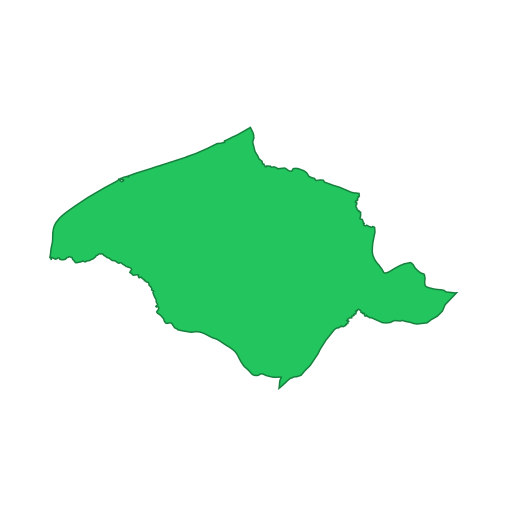 Nagan Raya, Aceh, Indonesia, rotated 102°
{"feature_id": "22746128B8237986094994", "entity_name": "Nagan Raya", "entity_type": "district", "adm_level": 2, "iso_a3": "IDN", "parent_name": "Indonesia", "parent_adm1": "Aceh", "projection": "natural_earth1", "projection_center": [96.507, 4.176], "detail": "fine", "context": "isolated", "style": "filled", "palette": "green", "viewbox_px": 512, "rotation_deg": 102, "n_neighbors": 0, "source": "geoboundaries", "source_scale": "gbopen_adm2", "svg_char_len": 6114}
<svg xmlns="http://www.w3.org/2000/svg" viewBox="0 0 512 512"><g transform="rotate(102 256 256)"><path d="M136.0,284.6L131.4,288.2L141.7,299.8L145.2,304.6L145.9,305.4L146.4,305.6L146.5,305.3L146.7,306.4L148.1,308.2L148.8,308.8L149.5,310.2L150.1,310.8L150.4,310.8L150.9,310.5L151.0,310.2L151.4,310.2L151.6,310.9L153.0,313.7L154.1,317.4L161.4,326.6L168.7,336.8L173.2,344.3L173.4,344.1L187.4,368.5L187.5,368.4L188.9,371.3L192.5,377.3L199.9,390.5L204.1,397.3L204.8,397.3L205.0,397.1L205.4,397.6L205.2,397.9L204.8,398.0L204.7,398.3L206.7,402.1L208.2,404.2L208.6,405.0L209.0,405.3L209.4,404.8L209.0,403.9L209.1,403.2L208.9,402.8L209.2,402.2L209.3,401.7L209.0,401.4L209.3,401.1L210.2,401.4L210.7,401.8L211.3,403.2L210.8,404.2L209.6,405.4L209.7,405.8L209.5,406.3L210.4,406.4L212.6,408.7L220.6,418.2L233.9,432.8L245.2,443.8L252.5,450.5L256.8,454.0L260.1,456.2L264.9,458.6L268.2,459.5L271.2,459.8L275.5,459.6L282.5,458.3L285.1,458.0L291.7,458.0L297.3,457.4L300.4,457.3L300.9,456.2L302.5,455.3L302.2,455.4L299.8,456.6L300.7,451.7L300.5,451.8L300.4,450.9L300.2,450.4L299.0,449.3L298.8,448.7L298.9,447.9L299.8,447.5L300.1,447.1L300.1,445.6L299.7,443.6L298.8,441.7L296.8,440.5L296.3,439.3L295.5,438.6L295.4,438.0L295.6,437.3L295.9,435.6L296.3,435.2L297.3,434.7L298.6,432.8L299.9,431.5L300.0,430.7L299.8,429.8L298.8,427.7L298.4,426.5L297.0,424.3L297.0,423.7L297.3,422.5L297.2,421.7L295.8,420.0L295.1,417.9L293.7,416.4L292.7,414.8L290.5,413.0L289.0,412.4L288.0,411.1L286.5,409.9L286.3,409.4L286.4,408.3L285.7,406.8L287.1,404.8L287.6,402.9L288.4,401.7L288.6,399.3L290.3,395.8L290.3,395.2L290.0,393.7L290.1,392.9L291.6,389.1L291.5,388.5L290.8,387.4L290.7,386.5L291.8,384.4L292.3,382.9L293.2,380.7L293.5,378.9L293.5,377.9L293.7,376.5L294.1,375.7L294.9,374.9L295.8,375.0L297.0,375.7L298.3,376.0L298.7,375.4L298.9,373.8L299.9,373.2L300.2,372.3L300.2,371.5L299.1,368.6L299.0,367.1L300.2,367.0L300.8,366.3L301.2,366.3L301.6,365.8L300.9,364.8L300.9,364.3L300.6,363.9L301.4,362.9L301.9,362.0L302.3,360.6L302.5,360.3L303.3,360.1L303.3,359.1L303.5,358.7L304.2,357.8L304.2,356.0L304.7,355.2L305.7,355.0L307.0,354.3L307.3,354.0L307.6,352.8L308.1,352.6L308.2,352.1L308.9,351.8L309.4,351.1L310.8,351.1L311.1,350.8L311.3,349.2L311.7,348.7L312.6,349.2L313.4,349.1L315.4,347.9L317.7,346.2L319.2,344.8L319.9,344.4L321.4,344.1L322.0,343.8L323.4,342.4L323.8,342.1L324.3,342.2L325.9,343.4L326.3,343.4L326.6,342.9L326.0,341.5L326.3,340.7L327.7,340.2L328.5,340.4L331.1,341.5L331.4,341.5L332.4,340.5L333.5,337.7L334.3,336.3L336.6,333.4L337.2,332.9L338.0,332.6L338.9,332.0L340.2,330.6L340.5,329.9L340.5,329.3L339.3,326.4L339.2,325.2L339.4,324.5L342.8,321.0L343.3,320.1L343.6,318.5L343.9,317.8L344.4,317.3L344.5,313.2L344.1,303.6L342.5,299.0L342.1,296.3L342.1,293.8L342.7,290.0L344.5,283.7L345.1,281.2L345.5,277.2L346.2,275.0L349.7,266.1L350.7,263.0L352.4,259.2L353.8,256.7L355.6,254.6L357.3,253.0L359.9,251.0L363.0,248.3L366.5,244.6L368.4,241.1L370.4,238.0L372.2,235.7L372.8,234.3L373.1,232.8L372.8,230.7L372.3,229.1L370.8,227.4L370.1,226.2L370.0,224.8L370.8,221.2L371.0,216.6L371.0,214.2L370.6,211.7L369.8,209.0L369.3,206.0L372.0,206.6L373.8,206.7L379.6,206.0L380.6,206.0L379.6,205.1L374.3,201.2L371.0,199.0L368.7,197.2L367.4,195.0L366.2,193.5L365.7,191.2L363.3,187.1L358.2,184.4L351.9,180.3L339.3,175.2L333.1,173.6L327.9,171.6L324.0,170.2L311.9,164.1L310.8,163.3L309.8,162.2L309.3,161.1L309.2,160.3L307.7,158.9L307.4,158.1L306.9,158.0L306.9,156.8L307.1,156.2L305.8,154.4L304.5,154.0L304.4,153.2L303.1,153.0L302.5,152.1L301.4,152.5L300.5,151.7L300.3,152.0L300.2,153.7L298.6,153.0L298.2,152.4L297.0,151.7L296.6,149.5L294.8,149.7L294.5,148.9L293.7,147.8L292.9,148.3L292.2,147.8L291.9,146.4L291.0,146.3L289.7,146.4L289.3,147.0L288.6,146.6L288.4,145.6L287.6,145.4L286.8,144.8L287.4,142.9L288.4,141.6L289.2,141.6L289.5,140.2L290.0,139.8L290.1,139.2L289.5,138.6L289.6,138.1L291.0,137.7L292.1,136.8L291.8,135.8L291.1,135.5L292.0,134.3L292.2,133.0L292.7,132.1L292.4,130.2L294.9,118.5L294.4,114.7L293.1,110.8L290.4,107.3L289.5,101.1L288.6,99.5L288.9,96.2L288.8,91.5L289.2,87.7L289.1,84.6L285.9,74.9L282.8,72.1L282.3,71.9L277.2,66.1L271.1,62.2L264.4,60.9L250.3,52.2L250.8,53.9L251.3,59.6L251.6,61.1L251.5,63.1L250.5,64.9L250.6,68.2L251.0,71.1L251.3,74.8L251.1,80.3L250.7,83.0L249.9,84.2L248.9,84.8L247.5,85.3L245.9,85.7L243.1,85.9L239.2,87.4L238.7,88.2L238.4,90.7L237.5,93.2L236.1,95.7L234.5,98.0L231.9,100.4L230.7,102.2L230.3,103.6L232.5,108.6L233.2,110.1L234.1,111.0L235.1,112.8L238.8,117.2L243.7,122.4L245.0,124.3L245.8,126.0L245.8,127.2L245.5,127.7L243.0,129.8L239.3,133.9L237.9,135.9L235.4,138.6L233.8,139.9L230.7,142.0L227.5,143.2L223.0,144.0L218.4,144.5L207.9,144.6L203.4,145.9L203.0,146.7L203.1,147.4L202.9,148.0L203.1,148.2L203.8,148.6L204.0,149.1L203.7,150.2L203.6,152.0L203.2,152.8L202.9,154.2L203.6,154.9L203.8,155.4L203.7,156.2L203.2,157.1L202.2,157.5L201.9,156.9L201.5,157.0L201.4,157.6L201.1,158.1L199.8,158.5L198.1,159.8L198.2,161.5L197.9,162.1L194.8,162.0L192.6,162.6L192.0,162.5L191.4,162.9L191.2,163.2L191.2,164.6L190.7,164.5L190.2,164.8L190.3,165.4L190.0,166.0L189.1,167.1L188.4,167.2L188.0,167.7L186.5,168.8L185.6,168.9L185.1,168.4L184.0,168.2L183.7,168.5L183.0,168.5L182.7,169.0L182.8,169.9L182.1,170.0L181.1,169.6L180.8,168.6L180.4,168.3L179.5,168.3L179.3,168.7L178.1,168.6L177.1,167.9L176.8,168.2L176.5,167.6L175.7,167.4L175.0,167.6L174.2,168.2L173.4,168.2L173.6,171.5L173.9,173.1L173.8,176.4L171.4,188.4L170.9,194.5L169.5,204.3L167.9,205.9L168.2,208.8L169.5,212.3L169.5,213.3L169.1,213.9L168.3,214.5L167.9,215.1L167.8,218.1L167.3,219.6L167.4,220.5L164.4,223.4L163.4,225.0L162.6,227.1L161.8,232.6L161.8,233.8L162.1,235.6L162.5,237.1L163.5,238.2L164.3,238.2L165.2,238.5L165.5,238.9L165.9,240.2L165.9,241.0L165.4,242.7L164.4,244.7L164.1,245.5L164.1,246.6L165.8,251.9L166.2,252.6L165.6,253.8L165.0,256.7L166.0,259.4L165.5,260.2L165.1,260.6L165.5,262.1L165.4,262.5L165.7,264.2L166.4,264.4L166.6,264.9L166.7,265.5L165.7,266.3L165.1,267.1L164.4,267.5L164.5,268.8L162.2,269.7L160.3,273.3L158.0,274.9L154.0,278.7L145.4,282.9L142.3,282.8L141.2,282.5L140.0,283.0L138.2,283.4L136.0,284.6Z" fill="#22c55e" stroke="#15803d" stroke-width="1.5"/></g></svg>